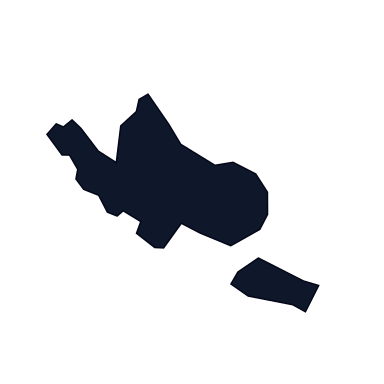 St. John, United States Virgin Islands, United States of America, rotated 207°
{"feature_id": "52423323B18524543454126", "entity_name": "St. John", "entity_type": "district", "adm_level": 2, "iso_a3": "USA", "parent_name": "United States of America", "parent_adm1": "United States Virgin Islands", "projection": "albers", "projection_center": [-64.742, 18.336], "detail": "fine", "context": "isolated", "style": "filled", "palette": "ink", "viewbox_px": 384, "rotation_deg": 207, "n_neighbors": 0, "source": "geoboundaries", "source_scale": "gbopen_adm2", "svg_char_len": 718}
<svg xmlns="http://www.w3.org/2000/svg" viewBox="0 0 384 384"><g transform="rotate(207 192 192)"><path d="M114.6,189.5L114.5,206.3L124.7,226.1L143.4,237.0L168.9,237.1L183.7,226.2L223.7,229.4L243.3,241.7L275.6,259.2L281.2,250.5L278.1,238.4L285.5,218.6L279.2,201.3L272.8,183.8L294.1,185.9L319.9,198.3L331.6,201.8L336.1,191.6L343.9,191.1L347.4,177.5L324.6,166.0L317.9,169.3L304.1,160.3L301.3,150.9L289.7,145.2L273.7,146.7L258.2,135.6L247.8,136.6L244.8,144.0L224.2,142.4L222.7,130.0L200.0,125.6L191.9,129.3L187.3,159.3L166.3,159.1L133.1,161.7L114.6,189.5ZM36.7,166.2L52.4,163.3L102.9,163.3L114.8,141.5L115.5,127.7L94.7,124.8L51.0,137.3L36.6,136.8L36.7,166.2Z" fill="#0f172a" stroke="#020617" stroke-width="1.5"/></g></svg>